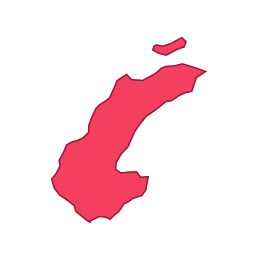 the district of Söderköping, Östergötland, Sweden, rotated 284°
{"feature_id": "70781695B48628112229025", "entity_name": "Söderköping", "entity_type": "district", "adm_level": 2, "iso_a3": "SWE", "parent_name": "Sweden", "parent_adm1": "Östergötland", "projection": "orthographic", "projection_center": [16.491, 58.412], "detail": "fine", "context": "isolated", "style": "filled", "palette": "rose", "viewbox_px": 256, "rotation_deg": 284, "n_neighbors": 0, "source": "geoboundaries", "source_scale": "gbopen_adm2", "svg_char_len": 1164}
<svg xmlns="http://www.w3.org/2000/svg" viewBox="0 0 256 256"><g transform="rotate(284 128 128)"><path d="M201.6,189.7L202.9,176.2L203.4,165.4L199.4,157.6L196.9,149.8L194.0,145.8L187.6,141.5L182.7,136.1L177.7,130.7L175.8,120.0L179.2,114.1L179.7,113.8L176.2,110.3L170.9,105.8L164.6,105.0L152.5,102.8L146.9,97.9L143.5,94.6L138.7,92.0L128.2,90.1L121.0,89.3L114.3,90.8L107.5,86.7L103.8,82.2L101.2,77.3L96.7,72.4L88.5,71.3L79.9,69.0L75.0,71.2L66.4,69.3L60.0,66.3L51.8,71.1L46.5,77.8L43.0,87.2L39.6,94.7L34.4,97.6L29.0,109.2L27.3,114.0L29.0,114.1L35.3,121.7L36.0,128.8L35.1,132.7L40.5,136.0L45.0,139.4L53.6,142.5L57.4,147.0L60.4,149.3L63.7,154.2L65.6,157.6L72.0,160.2L85.6,159.4L83.3,152.0L87.5,147.1L85.6,140.0L82.6,132.1L84.9,126.0L91.3,124.9L101.1,127.6L109.7,132.5L120.6,134.4L126.6,135.5L134.5,138.5L143.6,142.7L147.3,146.0L154.9,152.4L162.8,158.4L165.1,163.7L171.1,169.0L175.6,174.2L179.1,181.0L184.3,181.4L193.4,182.1L201.6,189.7ZM209.7,133.1L207.9,139.8L207.9,147.4L213.2,153.4L216.3,156.7L220.1,162.7L225.7,163.5L228.7,158.6L224.5,153.7L220.7,149.6L215.8,142.1L215.4,135.3L213.5,133.4L209.7,133.1Z" fill="#f43f5e" stroke="#9f1239" stroke-width="1.5"/></g></svg>